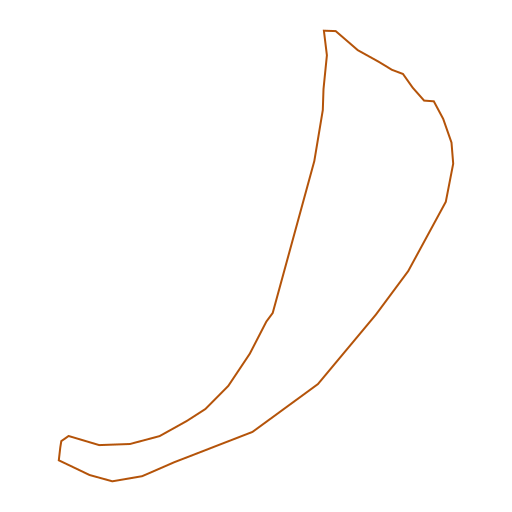 Satowan, Federated States of Micronesia (Natural Earth projection)
{"feature_id": "79324940B12415749846105", "entity_name": "Satowan", "entity_type": "district", "adm_level": 2, "iso_a3": "FSM", "parent_name": "Federated States of Micronesia", "parent_adm1": "", "projection": "natural_earth1", "projection_center": [153.731, 5.329], "detail": "fine", "context": "isolated", "style": "outline", "palette": "amber", "viewbox_px": 512, "rotation_deg": 0, "n_neighbors": 0, "source": "geoboundaries", "source_scale": "gbopen_adm2", "svg_char_len": 579}
<svg xmlns="http://www.w3.org/2000/svg" viewBox="0 0 512 512"><path d="M323.9,30.7L326.9,55.3L323.5,89.1L322.8,110.1L314.3,161.1L272.7,313.0L266.4,321.5L249.8,353.7L228.3,385.9L205.4,409.0L186.9,420.9L159.6,436.1L129.9,444.0L99.2,445.1L68.6,436.0L61.3,441.1L60.3,447.3L58.8,460.3L89.5,475.0L112.3,481.3L142.1,476.2L174.3,462.2L252.5,431.9L317.9,384.1L375.9,314.6L408.2,271.1L445.8,201.8L453.2,163.7L451.5,142.6L443.2,118.9L433.8,101.3L424.1,100.6L412.7,87.7L403.0,74.0L391.9,69.8L378.9,61.9L357.8,50.2L335.7,31.1L323.9,30.7Z" fill="none" stroke="#b45309" stroke-width="2"/></svg>